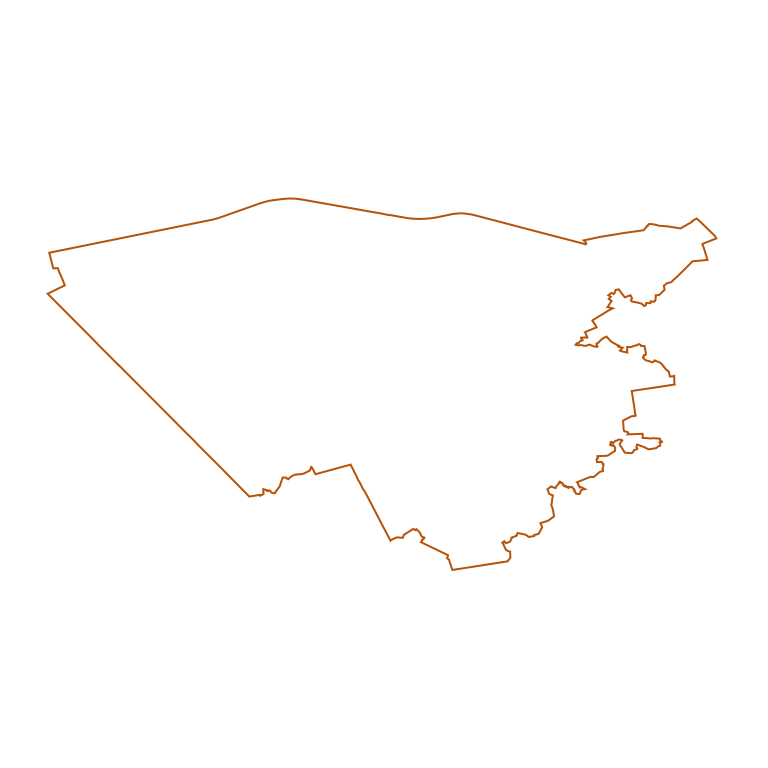 Smārdes pag., Engures, Latvia, rotated 179°
{"feature_id": "27541924B30626092647888", "entity_name": "Smārdes pag.", "entity_type": "district", "adm_level": 2, "iso_a3": "LVA", "parent_name": "Latvia", "parent_adm1": "Engures", "projection": "robinson", "projection_center": [23.267, 56.989], "detail": "fine", "context": "isolated", "style": "outline", "palette": "amber", "viewbox_px": 768, "rotation_deg": 179, "n_neighbors": 0, "source": "geoboundaries", "source_scale": "gbopen_adm2", "svg_char_len": 6075}
<svg xmlns="http://www.w3.org/2000/svg" viewBox="0 0 768 768"><g transform="rotate(179 384 384)"><path d="M263.6,204.5L260.7,208.0L260.8,214.1L263.0,214.9L264.9,215.9L267.7,222.1L268.5,223.3L266.5,224.7L265.0,222.7L260.9,224.0L259.0,227.4L259.2,228.1L254.2,229.9L253.8,230.5L254.0,231.0L252.7,232.8L251.5,232.3L248.0,231.6L244.7,230.7L241.9,228.5L237.6,229.2L236.5,229.3L236.4,230.5L232.2,231.3L231.2,232.8L228.4,238.0L230.0,242.2L222.6,244.3L216.3,248.6L217.0,253.9L217.7,256.9L218.8,259.9L217.9,264.9L217.8,266.1L217.1,269.6L220.7,271.2L222.4,275.9L222.0,276.2L218.8,278.6L214.3,276.9L213.3,278.9L210.6,281.7L210.8,282.0L209.8,282.3L209.9,283.2L209.4,283.1L208.2,282.4L208.0,282.1L208.1,281.6L207.8,281.4L207.2,281.4L206.8,281.2L206.5,280.5L206.6,279.9L206.3,279.4L205.8,279.5L205.1,279.1L205.4,279.1L205.7,278.8L205.4,278.6L205.1,278.9L203.0,279.0L203.7,278.6L203.6,277.8L203.1,277.7L201.5,278.0L201.5,277.8L201.8,277.2L201.6,276.9L201.2,276.8L200.1,277.7L199.0,277.6L198.6,277.9L197.3,277.4L197.2,276.8L196.9,276.3L195.9,275.6L195.5,275.2L195.3,274.7L195.6,274.2L195.4,274.0L195.7,273.7L194.6,272.4L193.9,271.0L190.9,270.6L190.1,270.9L189.8,271.3L189.5,272.8L189.0,274.1L188.0,274.5L187.5,275.2L186.7,275.3L186.4,275.2L185.0,275.4L189.1,277.6L189.9,277.1L190.7,278.2L190.7,278.6L191.5,280.0L191.7,281.1L192.2,281.9L192.7,282.4L179.2,287.6L176.1,287.3L173.7,289.1L169.8,292.4L166.6,293.1L166.6,294.0L167.1,295.1L166.6,296.2L165.9,300.0L167.0,300.5L167.1,301.7L168.2,302.3L172.3,302.2L172.7,304.0L172.7,305.1L171.3,306.1L171.8,307.2L171.8,308.2L163.2,308.3L161.4,308.6L154.2,313.1L154.0,315.6L154.5,317.3L155.9,319.0L156.6,318.2L158.8,318.9L159.1,319.5L157.9,320.4L158.4,321.9L157.7,322.2L156.2,321.1L155.6,321.6L154.9,321.7L154.3,322.6L153.6,323.2L152.3,323.3L150.8,324.2L149.0,324.3L147.7,324.0L146.8,323.5L149.3,320.2L149.2,318.8L148.6,318.1L144.5,311.2L141.4,310.8L137.8,310.5L135.8,311.7L135.6,313.0L134.9,313.8L133.1,314.0L131.8,314.9L132.7,316.8L132.1,318.9L129.8,318.3L127.4,317.2L124.7,316.4L123.8,315.6L120.5,314.1L112.9,315.1L111.4,316.6L109.1,317.4L108.7,319.8L108.7,320.3L109.3,320.9L107.2,321.3L108.1,322.5L109.0,323.2L109.2,324.6L116.0,325.1L119.2,324.9L122.1,325.3L126.4,325.6L126.3,326.4L126.3,329.7L141.2,329.4L140.5,330.3L141.1,331.6L144.7,332.7L145.3,334.7L145.3,337.7L145.6,343.2L137.6,347.2L132.9,347.9L132.9,348.3L133.3,348.6L134.2,356.7L136.4,372.7L93.4,378.4L93.6,379.4L93.7,381.0L93.7,387.0L94.6,386.7L98.1,386.5L98.5,389.1L99.0,391.3L101.3,393.2L102.6,394.6L104.7,397.4L104.6,397.5L106.4,399.5L107.8,400.7L113.0,402.8L113.1,402.3L113.7,402.0L115.2,400.9L116.9,401.7L121.6,403.1L122.9,403.9L123.9,404.9L123.8,405.2L124.4,405.7L124.6,406.4L123.7,407.3L123.7,407.9L123.4,408.4L122.3,408.3L121.7,409.0L121.7,411.3L122.1,412.8L122.7,416.8L123.0,417.4L126.4,417.6L126.6,418.4L128.4,419.5L130.7,418.2L133.0,417.9L135.9,416.7L138.0,416.6L140.2,416.8L140.3,414.3L140.4,414.1L140.2,411.2L145.3,412.4L147.4,413.3L144.8,416.1L146.2,416.2L149.0,417.3L148.2,418.0L150.1,418.9L155.5,422.0L157.8,424.1L158.0,424.6L160.5,427.2L160.7,427.5L161.3,427.1L163.1,426.5L165.3,425.1L167.1,423.5L168.3,422.2L168.5,421.8L170.9,420.6L170.9,419.9L169.8,417.9L170.1,417.5L170.3,417.4L171.1,417.5L174.0,418.1L177.6,419.7L178.4,419.7L181.6,418.6L184.0,418.8L184.6,419.2L186.7,419.5L188.5,419.2L191.7,419.9L190.5,421.3L188.7,421.6L187.8,422.7L186.6,423.7L185.4,424.0L185.5,424.2L184.7,424.4L185.4,426.2L186.9,426.9L185.1,427.0L179.9,426.9L181.9,432.0L182.1,432.2L178.3,433.9L170.5,436.9L171.9,439.9L172.4,440.4L174.6,443.7L174.3,444.1L158.6,453.4L154.0,455.6L159.2,457.0L155.0,463.1L157.8,465.1L155.7,467.2L158.1,468.8L155.0,471.1L152.9,469.9L152.1,470.6L150.8,473.8L150.8,474.0L149.2,474.2L147.8,474.6L141.8,466.5L136.0,468.4L134.5,465.2L135.7,463.5L134.9,462.2L129.5,461.1L126.8,460.4L125.4,459.9L124.1,459.2L123.1,458.2L122.8,457.4L120.7,458.2L120.5,460.4L116.2,460.2L115.9,462.0L112.3,461.6L111.0,463.4L110.9,465.2L110.7,468.0L107.5,468.1L101.8,473.3L102.5,477.5L101.3,478.1L99.4,479.8L95.3,480.7L94.0,481.7L92.7,483.1L88.8,486.4L81.4,493.5L73.3,501.3L58.4,502.4L61.7,514.1L63.3,518.3L62.9,518.6L49.3,523.7L50.2,525.7L50.7,526.4L64.2,540.0L66.8,542.5L68.6,544.0L73.2,541.4L73.4,540.8L73.6,540.5L84.8,534.4L95.3,536.2L97.2,536.6L105.8,537.4L111.5,538.9L114.6,539.3L116.4,539.3L118.3,537.2L118.0,537.1L118.9,536.4L121.8,533.2L145.2,530.3L147.2,529.9L157.9,528.4L165.9,527.2L181.7,524.1L180.4,523.0L179.3,520.8L179.7,520.2L181.1,520.2L181.8,520.8L184.8,521.6L220.8,531.6L289.8,551.0L292.8,551.8L296.0,552.4L300.9,553.1L304.5,553.3L307.3,553.2L312.1,552.8L328.9,549.6L335.0,548.8L340.0,548.5L344.2,548.4L348.4,548.5L353.5,548.9L358.4,549.6L374.3,552.7L375.7,552.8L379.4,553.5L383.2,554.4L396.8,557.0L397.3,557.0L398.9,557.4L463.0,569.9L468.9,570.8L475.2,571.1L480.5,570.9L491.6,569.7L495.9,569.1L499.9,568.2L505.4,566.6L544.9,553.4L548.2,552.4L552.7,551.3L716.4,521.1L712.7,505.4L708.1,505.5L706.6,501.1L705.2,498.1L705.2,497.9L703.7,494.3L701.4,488.2L718.7,480.1L674.4,434.0L668.1,427.2L657.5,416.3L652.3,410.8L650.5,409.1L649.8,408.0L649.4,408.0L605.9,362.8L595.6,352.1L591.5,347.8L591.2,347.4L583.5,339.5L582.7,338.5L581.2,337.1L575.4,331.2L572.2,327.8L571.8,327.2L548.4,303.0L528.7,282.2L520.6,273.8L510.1,275.3L509.8,274.5L506.4,276.0L506.5,281.0L502.5,279.7L502.6,279.1L501.2,279.1L500.3,279.6L499.2,278.7L498.5,277.4L495.5,276.6L495.0,276.9L495.1,277.0L490.1,283.5L487.0,292.2L483.3,292.1L482.7,291.2L482.2,290.9L481.2,290.5L480.2,291.7L478.8,292.8L477.1,293.8L475.1,294.7L473.7,295.0L467.8,295.4L466.2,295.7L460.1,298.5L459.7,298.9L458.9,300.5L458.3,301.8L458.3,302.2L457.6,301.9L454.1,295.0L418.8,304.0L412.9,291.8L411.8,288.9L411.2,287.8L410.6,287.2L406.6,278.9L405.4,277.4L403.3,273.4L387.1,240.8L380.2,227.2L379.7,227.8L375.6,229.8L373.9,230.4L367.8,229.9L366.9,232.7L357.4,238.6L355.0,237.3L354.2,238.3L351.8,236.0L350.8,234.9L349.6,231.8L349.0,231.1L347.7,230.2L346.4,229.7L346.9,228.5L348.4,227.8L348.2,227.3L349.8,225.2L322.9,211.7L324.0,208.8L322.0,207.2L321.2,204.0L320.4,201.8L318.9,196.9L263.6,204.5Z" fill="none" stroke="#b45309" stroke-width="2"/></g></svg>